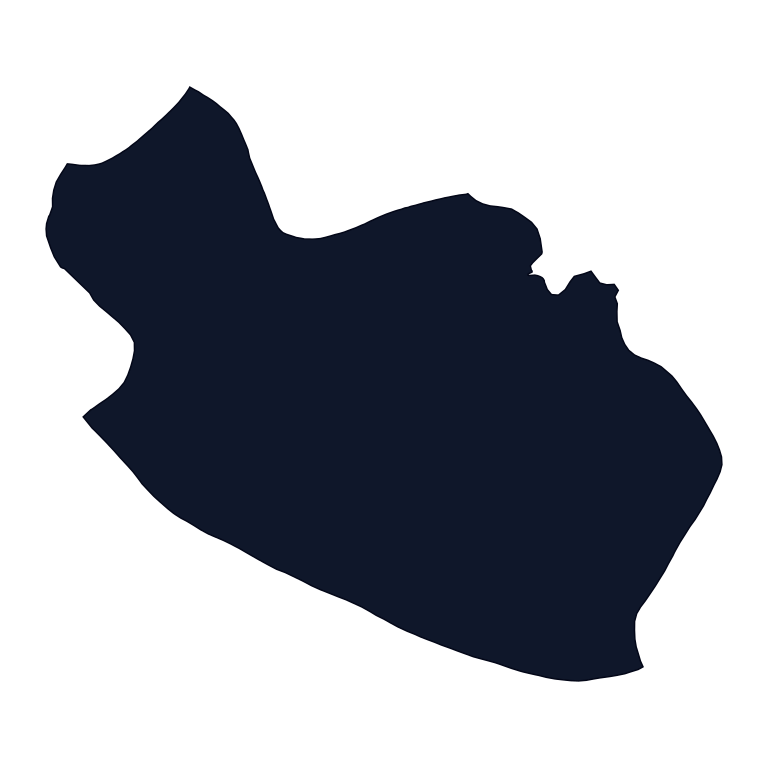 Ad Dulay'ah, Hadramawt, Yemen
{"feature_id": "15242507B8260286715328", "entity_name": "Ad Dulay'ah", "entity_type": "district", "adm_level": 2, "iso_a3": "YEM", "parent_name": "Yemen", "parent_adm1": "Hadramawt", "projection": "albers", "projection_center": [47.896, 15.014], "detail": "fine", "context": "isolated", "style": "filled", "palette": "ink", "viewbox_px": 768, "rotation_deg": 0, "n_neighbors": 0, "source": "geoboundaries", "source_scale": "gbopen_adm2", "svg_char_len": 5849}
<svg xmlns="http://www.w3.org/2000/svg" viewBox="0 0 768 768"><path d="M467.9,193.7L466.2,194.3L464.5,194.5L462.8,194.7L459.2,195.1L457.7,195.4L457.4,195.5L455.5,195.8L451.9,196.5L451.4,196.6L448.5,197.2L444.6,197.9L443.5,198.2L440.2,199.0L435.9,199.9L431.5,201.1L427.6,202.0L423.7,202.9L421.9,203.5L419.6,204.1L415.5,205.3L411.6,206.2L410.2,206.6L408.2,207.4L405.3,207.9L404.8,208.0L401.6,209.2L401.0,209.4L398.2,210.1L394.4,211.3L392.4,212.0L389.6,213.0L386.5,214.1L383.1,215.5L380.2,216.7L377.0,218.1L373.8,219.6L373.2,219.9L370.7,221.0L367.5,222.6L364.6,224.1L361.7,225.2L356.3,227.6L356.1,227.7L350.7,229.7L347.5,230.9L344.4,232.1L339.7,233.5L335.1,234.6L330.5,236.0L326.8,237.0L325.4,237.4L320.3,238.6L315.7,239.0L314.0,239.1L312.1,239.2L310.0,239.1L307.7,239.1L304.6,239.1L303.5,238.8L300.9,238.3L296.1,237.5L293.6,236.6L290.8,235.7L288.0,234.8L286.2,234.2L282.9,232.7L280.5,230.5L278.7,228.5L278.1,227.8L276.0,223.8L275.3,222.4L273.6,219.2L271.3,212.3L270.4,209.7L269.4,207.0L268.8,205.1L267.6,201.8L266.8,199.8L265.5,196.2L264.3,193.0L262.9,190.0L261.7,186.6L259.4,181.0L258.0,177.8L255.4,172.2L253.1,166.6L252.5,165.1L251.9,163.6L249.9,158.8L249.6,158.0L248.4,152.6L248.0,150.4L247.8,149.4L247.4,148.6L246.6,146.5L245.4,143.6L245.1,142.9L244.0,140.4L243.2,138.4L242.6,137.0L242.1,135.7L241.4,134.0L238.9,128.4L236.3,123.5L233.9,120.0L231.5,117.3L228.2,113.4L224.4,110.2L221.0,107.5L220.3,107.0L216.5,103.7L214.9,102.5L212.6,100.8L208.3,98.0L203.3,95.1L198.5,91.8L195.1,90.1L189.8,87.1L189.1,88.5L185.6,93.8L185.0,94.6L181.4,99.1L178.9,102.3L176.0,105.4L173.6,107.9L172.3,109.2L170.0,111.5L169.1,112.3L168.2,113.2L166.4,115.0L165.2,116.1L162.0,119.1L158.1,122.4L157.0,123.5L154.9,125.5L153.5,126.9L152.2,128.2L148.4,131.4L148.0,131.8L143.8,135.4L139.2,139.4L137.7,140.8L136.7,141.6L132.6,144.7L130.2,146.6L129.4,147.4L125.7,150.0L123.0,151.6L119.8,153.8L116.4,155.7L114.6,156.8L112.5,158.1L110.3,159.2L109.3,159.7L105.9,161.4L103.1,162.7L102.3,163.1L99.3,164.0L98.4,164.2L95.2,164.9L93.7,165.1L92.9,165.2L89.1,165.6L85.6,165.5L83.3,165.5L82.0,165.5L79.7,165.4L76.1,164.9L72.5,164.4L68.8,164.0L67.3,163.9L65.3,167.3L62.7,171.3L60.8,174.2L56.3,182.0L53.8,190.1L52.5,198.3L52.6,206.0L52.6,206.7L51.8,209.1L49.7,215.1L48.8,216.3L46.6,223.6L46.1,228.9L46.6,235.9L50.7,247.9L54.3,256.8L60.6,266.9L62.2,267.9L64.5,268.6L89.7,292.9L92.4,297.7L93.8,300.1L99.7,306.2L106.2,311.5L112.5,316.9L114.3,318.4L118.9,322.3L125.0,328.6L127.3,331.2L130.6,334.9L134.4,342.4L134.4,345.0L134.5,350.8L133.9,354.1L133.0,358.8L130.7,367.0L127.9,374.9L127.0,376.8L124.2,382.5L118.9,388.9L112.6,394.4L107.2,398.6L106.0,399.5L105.9,399.6L102.1,402.1L99.0,404.2L93.2,408.4L92.0,409.2L90.8,409.8L83.2,416.9L92.2,428.1L93.8,429.6L97.0,432.8L98.5,434.3L101.8,437.7L107.5,443.6L109.4,445.7L113.9,450.5L120.4,457.9L127.0,465.0L133.0,471.7L134.3,473.4L137.7,477.8L140.3,481.3L142.0,483.7L143.6,485.4L147.5,489.6L153.7,496.1L155.3,497.6L160.4,502.2L166.8,507.8L167.8,508.7L173.3,513.1L175.6,514.7L180.9,518.1L185.9,520.7L187.0,521.3L190.7,523.5L193.7,525.3L201.1,530.0L201.7,530.3L208.5,534.0L215.0,536.8L222.1,539.8L223.7,540.5L230.9,544.0L235.2,546.3L239.1,548.3L245.1,551.8L248.9,554.0L258.5,559.5L264.5,562.8L267.6,564.5L276.5,569.2L285.2,572.5L287.3,573.5L293.1,576.3L302.4,580.8L311.6,585.7L320.7,589.8L323.1,590.7L329.6,593.3L338.3,596.8L344.6,599.2L346.2,599.8L347.7,600.5L353.4,603.1L360.2,606.2L362.1,607.1L370.5,611.8L376.2,615.3L380.6,617.5L383.7,619.0L387.8,621.3L390.4,622.8L398.1,627.0L407.4,631.3L414.2,634.0L421.1,637.1L428.1,639.8L433.2,641.7L434.8,642.3L439.2,644.1L441.1,644.9L449.5,647.9L457.4,650.9L462.9,652.9L465.1,653.7L473.3,656.7L475.5,657.3L481.0,658.8L488.5,660.8L495.0,662.6L499.8,664.2L503.7,665.6L511.6,668.4L512.9,668.8L517.1,670.1L519.6,670.9L523.2,671.9L528.7,673.2L535.8,674.8L538.4,675.3L546.3,677.3L555.0,678.9L562.0,679.7L570.7,680.6L578.1,680.9L578.9,680.9L579.9,680.8L586.2,680.3L593.7,678.9L600.3,677.8L601.9,677.6L609.9,676.5L617.6,675.2L617.9,675.1L624.9,673.7L629.4,672.2L631.3,671.6L638.1,669.5L640.9,668.0L643.0,666.8L640.4,661.0L638.3,653.9L636.7,648.6L636.2,647.1L634.9,639.3L634.8,637.5L634.5,630.3L634.6,621.3L635.2,619.1L636.7,613.5L639.4,609.0L640.4,607.2L645.1,601.0L647.3,597.8L650.7,592.8L653.2,589.1L655.4,585.8L659.9,578.5L663.6,572.6L664.8,570.6L666.6,567.1L668.3,563.8L672.8,555.8L674.3,552.6L675.8,549.8L680.0,542.3L684.9,534.6L688.4,529.0L689.9,526.6L692.0,523.7L695.0,519.6L699.2,512.8L703.5,505.8L706.7,499.3L710.2,492.8L711.9,489.2L713.2,486.5L714.1,484.6L716.9,479.2L719.4,473.4L720.1,471.7L721.9,464.7L721.5,456.9L719.7,450.8L719.5,450.1L716.9,443.5L714.0,437.7L712.9,435.6L709.1,429.2L708.9,428.8L704.4,421.2L702.5,418.0L700.4,414.5L697.1,409.6L696.1,408.2L693.2,404.3L691.9,402.5L691.2,401.6L686.6,395.9L682.6,390.4L681.4,388.7L679.9,386.5L676.9,382.1L674.9,379.6L671.9,376.0L670.4,374.7L666.7,371.5L663.2,368.5L661.2,366.8L655.4,363.7L654.7,363.3L648.0,360.3L641.0,358.0L634.5,355.0L628.5,350.1L628.2,349.5L624.7,344.4L622.7,339.9L621.7,337.6L620.1,330.5L618.0,324.4L617.1,321.7L616.9,311.5L617.3,303.7L614.8,296.9L618.3,290.3L617.1,288.6L614.2,284.4L606.7,284.8L604.0,284.1L599.7,283.0L598.5,281.3L595.7,277.6L591.0,271.2L584.5,273.6L583.9,273.8L574.3,276.4L570.2,281.7L565.3,289.6L563.2,291.3L558.5,295.1L556.7,295.0L551.5,294.6L547.4,289.7L547.2,289.4L545.9,286.0L544.4,282.3L544.2,280.5L543.2,278.8L542.1,277.7L540.3,276.7L537.7,275.7L534.8,275.1L531.0,275.4L528.7,275.5L527.9,274.9L527.9,274.3L528.8,273.6L532.0,272.1L532.1,271.1L531.3,270.1L530.3,265.8L532.5,262.9L537.4,258.0L540.6,254.9L541.7,253.8L542.1,252.0L540.2,238.7L537.0,229.0L531.5,222.3L525.2,217.7L522.5,215.8L518.1,212.8L515.9,211.6L511.6,209.1L504.6,207.8L502.9,207.5L497.4,206.7L492.5,206.2L489.9,205.9L482.6,203.9L476.5,200.9L475.9,200.6L470.7,196.4L468.0,193.8L467.9,193.7Z" fill="#0f172a" stroke="#020617" stroke-width="1.5"/></svg>